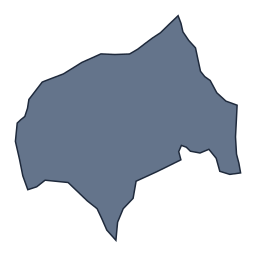 the border of Tərtər
{"feature_id": "AZE-1738", "entity_name": "Tərtər", "entity_type": "District", "adm_level": 1, "iso_a3": "AZE", "parent_name": "Azerbaijan", "parent_adm1": "", "projection": "albers", "projection_center": [46.821, 40.256], "detail": "fine", "context": "isolated", "style": "filled", "palette": "slate", "viewbox_px": 256, "rotation_deg": 0, "n_neighbors": 0, "source": "natural_earth", "source_scale": "10m", "svg_char_len": 982}
<svg xmlns="http://www.w3.org/2000/svg" viewBox="0 0 256 256"><path d="M240.6,172.9L234.4,173.8L233.9,173.8L229.8,174.4L219.8,171.3L216.2,158.3L208.9,149.3L200.0,153.0L190.4,151.2L186.3,147.2L181.7,145.5L181.4,145.4L178.7,151.7L178.8,151.9L180.9,159.8L156.8,171.7L142.2,178.4L139.8,179.5L136.1,181.2L133.1,198.3L123.2,208.7L117.6,222.2L115.9,240.3L106.8,230.1L104.7,225.3L101.9,218.9L97.1,208.7L87.3,200.9L68.1,182.5L45.1,180.2L36.7,186.8L27.8,189.7L22.8,175.8L19.5,159.3L15.4,141.4L17.2,123.1L20.9,119.6L24.8,116.5L27.5,108.3L28.9,99.4L31.4,96.2L36.9,89.0L42.2,82.1L44.6,81.1L49.0,79.4L63.4,73.9L81.9,62.4L100.9,53.9L112.3,54.4L114.5,54.5L115.2,54.5L129.5,54.0L134.0,51.4L137.7,49.2L145.5,43.2L152.9,37.7L160.4,32.8L169.0,24.4L178.1,15.7L181.0,23.4L182.9,31.8L188.7,40.4L195.5,47.9L198.0,59.7L200.5,71.3L204.7,76.6L210.2,80.5L216.8,92.8L225.9,101.1L237.1,105.2L236.4,119.6L235.5,136.9L236.5,154.1L238.9,163.3L240.6,172.9Z" fill="#64748b" stroke="#1e293b" stroke-width="1.5"/></svg>